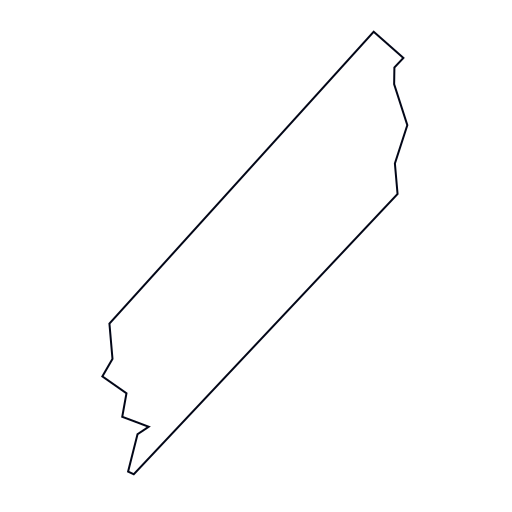 Morris, Texas, United States of America (Equal Earth projection), rotated 222°
{"feature_id": "52423323B98583115824614", "entity_name": "Morris", "entity_type": "district", "adm_level": 2, "iso_a3": "USA", "parent_name": "United States of America", "parent_adm1": "Texas", "projection": "equal_earth", "projection_center": [-94.745, 33.122], "detail": "fine", "context": "isolated", "style": "outline", "palette": "ink", "viewbox_px": 512, "rotation_deg": 222, "n_neighbors": 0, "source": "geoboundaries", "source_scale": "gbopen_adm2", "svg_char_len": 362}
<svg xmlns="http://www.w3.org/2000/svg" viewBox="0 0 512 512"><g transform="rotate(222 256 256)"><path d="M192.3,396.8L214.7,417.7L231.1,454.5L268.3,476.1L279.3,488.7L279.0,501.8L318.6,501.4L319.7,107.7L293.8,83.5L289.6,63.7L260.4,67.3L247.8,47.0L221.5,57.3L224.8,44.3L206.8,10.2L200.8,12.0L192.3,396.8Z" fill="none" stroke="#020617" stroke-width="2"/></g></svg>